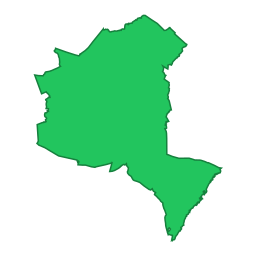 Cuautla, Morelos, Mexico (Natural Earth projection)
{"feature_id": "50627088B30536777812512", "entity_name": "Cuautla", "entity_type": "district", "adm_level": 2, "iso_a3": "MEX", "parent_name": "Mexico", "parent_adm1": "Morelos", "projection": "natural_earth1", "projection_center": [-98.942, 18.823], "detail": "fine", "context": "isolated", "style": "filled", "palette": "green", "viewbox_px": 256, "rotation_deg": 0, "n_neighbors": 0, "source": "geoboundaries", "source_scale": "gbopen_adm2", "svg_char_len": 5837}
<svg xmlns="http://www.w3.org/2000/svg" viewBox="0 0 256 256"><path d="M145.1,15.4L143.2,15.4L142.7,15.9L142.0,16.2L141.1,17.3L141.4,18.0L141.1,18.2L139.8,17.8L137.6,18.4L137.1,19.2L137.0,19.9L136.3,20.1L135.8,19.8L135.3,20.3L132.8,21.9L132.3,22.4L132.0,23.3L131.0,23.2L129.7,23.5L128.6,23.3L128.0,23.7L128.5,24.5L128.1,24.7L127.6,24.2L126.6,24.0L125.8,24.1L125.3,24.6L125.0,25.2L124.5,29.0L123.6,29.2L122.9,28.9L121.2,29.5L121.2,30.3L119.5,30.3L119.5,30.5L119.2,30.6L118.2,30.6L116.8,31.1L114.2,30.9L113.4,31.4L112.2,31.4L110.8,31.9L109.7,31.8L109.0,30.9L108.4,30.6L108.4,30.0L107.6,29.3L106.0,29.5L105.1,28.9L105.3,29.2L105.1,29.4L104.0,30.0L103.2,29.4L103.2,29.0L92.9,41.7L88.4,47.6L85.2,50.6L81.5,53.2L80.8,54.0L80.5,53.8L79.9,54.1L79.5,55.6L78.7,55.8L75.1,54.9L66.0,52.0L55.6,48.3L55.5,49.4L54.3,50.7L54.5,51.5L55.8,52.6L57.3,53.2L58.3,54.6L58.7,56.8L59.3,58.0L59.4,58.6L59.7,62.2L59.4,64.4L59.9,65.7L60.5,66.3L57.7,67.9L51.2,70.7L49.5,71.3L46.1,71.9L45.5,72.1L45.1,72.5L44.7,73.9L43.8,74.5L43.1,75.8L38.4,75.6L34.7,75.0L41.6,93.8L46.2,91.8L46.6,92.5L48.3,94.1L49.8,96.1L49.5,96.7L50.0,97.4L49.9,97.5L49.0,97.0L48.7,97.2L48.3,97.5L47.6,98.5L46.2,99.1L45.7,99.6L46.0,100.4L46.8,101.2L46.7,102.2L46.3,102.9L46.2,104.7L46.6,107.0L46.1,108.5L48.4,108.7L48.2,110.0L48.4,111.2L47.3,110.8L47.4,111.4L47.1,112.3L46.5,112.8L45.7,112.8L45.0,113.0L44.6,114.6L44.7,116.0L45.2,116.9L46.0,117.3L46.6,118.2L46.5,118.7L46.2,119.1L45.5,119.7L45.6,120.5L46.1,121.4L45.8,121.9L43.8,122.0L43.8,122.4L42.3,122.6L37.2,124.6L38.3,141.2L37.0,143.5L37.6,143.9L38.8,145.1L44.9,147.7L50.5,151.1L58.6,155.9L76.9,160.0L77.5,161.7L77.8,161.2L78.3,161.1L78.5,161.1L78.8,161.6L78.8,162.1L78.3,162.6L78.0,164.8L82.3,165.1L85.5,165.1L91.5,166.8L95.0,167.3L95.7,166.9L98.7,166.2L105.9,164.6L111.0,163.2L111.7,163.0L112.0,162.3L112.3,161.9L112.0,162.4L111.2,165.9L109.7,171.5L110.2,171.5L112.4,171.2L114.5,170.5L118.0,168.6L119.8,167.4L120.6,166.4L120.7,166.5L122.4,165.0L123.9,164.4L124.9,165.0L126.4,163.7L126.7,165.7L128.4,167.9L128.0,170.5L127.4,171.8L127.6,173.0L128.8,174.7L131.2,176.4L132.3,178.5L133.2,179.9L134.2,180.5L137.4,181.5L139.9,182.5L144.0,185.9L149.0,189.4L150.8,190.0L151.4,189.3L152.3,188.7L152.6,189.7L153.4,191.1L154.3,191.7L154.7,192.1L155.6,192.5L155.6,192.8L154.8,193.7L154.5,194.6L156.5,196.3L158.1,198.1L159.7,199.6L160.8,201.3L162.8,202.9L162.9,205.0L163.8,208.2L164.9,210.6L166.3,214.7L165.3,216.0L164.9,217.7L165.1,220.2L165.6,223.3L165.7,225.3L166.0,226.9L167.2,231.4L167.3,230.8L168.1,229.7L168.3,228.7L169.1,227.7L169.0,227.4L170.4,229.1L169.4,230.8L168.5,231.2L167.8,232.0L167.4,232.2L168.2,234.6L168.5,234.2L170.3,234.9L172.3,235.3L172.5,235.7L172.3,236.4L172.3,236.9L172.0,238.8L171.7,239.2L172.1,239.9L171.7,240.6L172.4,240.5L172.5,240.6L173.1,239.7L174.5,239.6L175.1,238.4L175.2,237.5L176.1,235.8L177.4,234.4L177.7,233.4L178.5,232.4L178.9,231.5L179.3,230.9L180.0,231.1L180.6,230.1L180.5,229.9L181.5,229.0L181.5,228.6L180.8,227.9L180.8,227.5L181.1,227.1L181.7,227.0L182.0,226.8L182.7,225.5L183.7,225.3L183.6,223.0L184.1,221.9L184.2,220.7L184.7,219.3L185.4,218.2L185.7,216.8L186.7,216.2L186.8,215.8L186.4,215.1L187.0,214.6L188.0,214.3L188.4,213.9L188.5,213.0L188.8,212.6L189.6,212.5L189.2,210.8L189.3,210.3L189.7,210.2L190.2,210.7L190.9,209.2L192.1,208.1L192.7,208.1L193.2,207.3L193.6,206.3L195.2,205.3L195.4,204.8L196.4,205.3L196.8,204.9L196.5,204.1L196.9,203.4L197.1,203.7L197.4,203.8L197.7,203.1L197.8,202.2L198.2,202.2L198.4,202.8L198.8,202.9L199.3,202.6L199.2,201.7L200.8,200.3L201.1,199.9L200.9,199.6L199.6,198.8L199.6,198.3L200.3,198.6L200.5,197.7L202.1,199.0L202.5,198.8L201.0,196.8L201.1,196.4L201.6,196.2L201.8,195.3L203.3,194.0L203.6,194.1L203.9,194.7L204.3,194.8L204.5,194.6L204.5,193.9L204.2,193.0L203.8,192.2L203.3,192.1L203.2,191.8L203.7,191.2L204.3,190.9L204.8,191.4L204.8,192.8L205.1,193.1L205.5,193.1L206.1,192.6L206.7,191.6L206.6,190.4L206.3,189.7L206.3,189.1L208.8,184.0L209.2,183.4L210.2,182.5L210.0,181.6L210.4,181.0L211.0,181.4L211.1,181.1L211.1,180.1L212.1,180.1L212.6,179.9L212.8,179.5L212.2,178.4L212.4,178.0L212.7,177.7L213.3,177.7L213.6,177.5L213.3,176.4L213.7,176.3L214.1,177.1L214.4,176.9L215.1,175.9L215.0,175.7L214.6,175.6L214.5,175.4L214.6,174.4L215.3,174.2L216.2,174.5L216.4,174.2L216.3,173.7L216.8,173.6L217.2,174.1L218.3,173.4L218.3,173.0L219.2,173.1L219.7,172.7L220.2,172.7L220.7,171.0L220.0,169.4L220.1,169.1L221.3,168.1L218.8,167.7L214.4,165.4L208.4,162.7L207.7,162.8L204.7,161.5L201.0,160.3L199.8,160.1L194.8,160.0L192.9,159.3L189.1,158.2L178.9,158.3L172.5,156.5L168.2,154.8L166.8,154.3L166.7,138.3L166.5,133.2L166.2,131.5L164.9,128.6L165.7,128.6L166.4,128.3L166.6,128.1L166.5,127.1L166.3,125.7L165.4,125.2L166.0,124.6L165.4,124.4L165.3,124.1L166.0,123.6L166.7,122.5L166.5,122.1L166.0,122.0L166.2,121.6L166.8,121.5L167.9,121.6L168.7,121.4L167.0,118.2L166.4,117.4L166.1,116.8L166.5,115.9L166.6,114.9L167.0,114.4L167.0,113.9L169.0,112.0L168.8,111.6L169.6,111.1L170.0,110.1L171.3,109.9L169.2,100.9L168.7,99.9L167.7,98.4L168.2,97.9L168.2,96.4L167.6,95.1L167.8,94.3L168.4,93.8L168.7,92.2L169.3,90.7L169.1,89.6L169.4,88.8L169.2,88.3L168.5,87.9L169.3,85.0L168.9,83.8L169.1,82.6L164.2,79.1L164.6,77.9L165.3,76.1L165.8,75.4L165.2,75.2L165.1,75.4L163.7,72.5L162.6,71.6L163.2,70.4L163.6,68.2L163.5,67.3L162.9,66.1L166.3,68.2L167.8,69.0L168.1,67.1L168.1,66.1L167.9,65.5L168.0,65.1L170.3,64.3L170.9,64.6L171.1,65.1L171.4,65.1L172.3,63.5L172.4,62.6L173.1,61.5L176.1,58.3L177.2,57.8L177.3,57.0L179.1,56.3L179.5,55.1L179.0,54.6L179.1,54.4L181.2,52.8L181.7,52.0L182.5,51.1L182.5,50.4L182.0,48.8L182.4,48.0L184.0,46.9L184.8,46.9L185.2,46.5L186.0,46.1L186.2,45.5L186.8,44.8L186.8,44.4L185.4,43.6L174.5,33.8L175.1,32.8L170.5,28.5L169.9,27.6L169.3,27.6L168.9,28.3L165.9,30.3L164.0,30.4L163.5,30.7L164.0,30.4L163.6,29.7L157.3,23.5L151.7,19.9L145.1,15.4Z" fill="#22c55e" stroke="#15803d" stroke-width="1.5"/></svg>